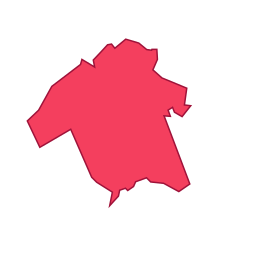 outline of Juba, Central Equatoria, South Sudan, rotated 225°
{"feature_id": "79223893B61077901252755", "entity_name": "Juba", "entity_type": "district", "adm_level": 2, "iso_a3": "SSD", "parent_name": "South Sudan", "parent_adm1": "Central Equatoria", "projection": "orthographic", "projection_center": [31.407, 4.711], "detail": "fine", "context": "isolated", "style": "filled", "palette": "rose", "viewbox_px": 256, "rotation_deg": 225, "n_neighbors": 0, "source": "geoboundaries", "source_scale": "gbopen_adm2", "svg_char_len": 718}
<svg xmlns="http://www.w3.org/2000/svg" viewBox="0 0 256 256"><g transform="rotate(225 128 128)"><path d="M166.7,200.5L166.3,199.7L170.2,196.7L180.4,195.7L192.4,189.2L193.7,175.1L199.0,175.7L201.3,172.4L200.9,162.4L200.6,151.5L194.7,147.5L209.1,143.9L207.9,141.9L206.5,139.3L211.3,103.6L203.8,77.4L204.2,61.8L176.7,52.0L167.6,86.6L118.9,67.5L111.8,67.5L93.7,71.6L86.0,60.1L86.6,73.1L89.9,78.1L87.2,83.6L84.0,83.6L82.7,90.5L84.6,95.4L79.7,105.9L73.8,105.9L63.7,114.1L47.1,119.0L44.7,132.1L111.1,162.1L106.3,166.2L112.3,169.0L111.1,174.1L106.3,172.0L97.8,174.3L99.4,188.1L104.4,184.2L114.6,197.7L139.4,187.4L151.5,186.7L155.7,197.3L163.2,204.0L166.7,200.5Z" fill="#f43f5e" stroke="#9f1239" stroke-width="1.5"/></g></svg>